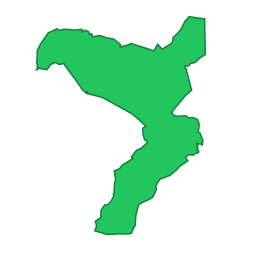 Atlixtac, Guerrero, Mexico (orthographic projection), rotated 355°
{"feature_id": "50627088B22623641614442", "entity_name": "Atlixtac", "entity_type": "district", "adm_level": 2, "iso_a3": "MEX", "parent_name": "Mexico", "parent_adm1": "Guerrero", "projection": "orthographic", "projection_center": [-98.897, 17.476], "detail": "fine", "context": "isolated", "style": "filled", "palette": "green", "viewbox_px": 256, "rotation_deg": 355, "n_neighbors": 0, "source": "geoboundaries", "source_scale": "gbopen_adm2", "svg_char_len": 4816}
<svg xmlns="http://www.w3.org/2000/svg" viewBox="0 0 256 256"><g transform="rotate(355 128 128)"><path d="M110.9,169.3L110.5,170.9L110.9,173.8L111.2,178.6L109.8,181.2L108.9,188.3L108.6,189.1L108.7,191.0L107.8,191.9L107.6,195.1L107.5,195.3L106.4,196.7L105.7,198.1L104.1,200.1L103.7,200.4L102.6,201.5L100.5,202.9L98.5,202.4L97.8,203.2L96.5,204.1L96.4,204.5L94.0,207.6L93.1,214.2L92.3,215.4L89.8,216.6L87.2,218.2L88.0,220.9L87.9,223.4L86.0,227.5L97.3,232.0L99.5,232.4L102.1,232.3L104.3,232.7L106.1,232.7L107.1,232.4L119.3,233.6L122.5,233.0L122.5,232.6L122.7,232.1L122.8,231.9L122.9,231.7L123.0,231.6L123.1,231.3L123.2,231.1L123.4,231.0L123.5,230.9L123.7,230.5L123.8,230.3L123.9,229.9L123.9,229.5L123.8,229.2L124.1,228.8L124.5,228.7L125.0,227.7L125.3,227.6L125.5,227.4L125.8,227.1L125.9,226.7L126.0,226.4L126.5,226.2L128.4,214.9L128.7,214.2L128.8,214.1L129.1,213.9L129.2,213.7L129.3,213.6L129.0,213.2L132.0,205.2L137.3,202.9L138.1,202.6L140.7,201.8L146.4,199.4L148.0,196.7L151.2,191.2L150.5,188.6L153.0,184.6L153.7,183.8L156.2,181.3L157.8,180.9L158.0,180.7L158.2,180.8L158.5,180.8L158.8,180.8L162.4,179.8L164.4,179.2L165.3,179.0L166.1,178.5L173.1,173.8L176.2,170.7L178.0,169.5L179.1,168.9L181.3,167.9L184.7,165.9L182.8,162.4L185.9,159.9L191.0,160.7L192.2,159.6L192.6,159.3L195.9,158.7L196.4,157.5L196.4,157.0L196.3,156.8L196.1,156.6L195.5,156.3L195.0,156.1L195.4,155.9L195.5,155.7L195.6,155.4L195.6,155.2L195.6,154.9L195.4,154.9L195.3,154.6L195.3,154.3L195.3,153.9L195.3,153.7L195.5,153.4L195.8,153.2L195.7,153.0L195.6,152.9L195.8,152.8L195.9,152.7L195.9,152.3L195.9,152.2L196.0,151.8L196.1,151.4L196.0,151.2L195.9,151.1L195.7,150.9L195.6,150.5L195.6,150.4L195.4,150.2L195.2,149.5L199.7,150.5L199.8,150.7L199.9,150.9L200.0,151.1L200.5,151.4L201.5,147.2L199.4,139.4L197.6,138.3L198.8,133.2L199.2,129.6L197.8,125.2L193.0,123.1L190.1,123.4L189.7,123.2L186.1,120.7L178.6,120.7L174.9,119.5L174.5,118.9L173.9,117.9L173.1,117.2L172.8,117.1L174.7,114.2L175.6,113.3L187.5,101.2L194.7,95.8L191.2,75.7L191.3,75.3L191.5,75.0L191.3,74.6L191.1,74.4L189.9,71.5L190.1,71.5L190.2,71.3L190.8,71.3L191.1,71.2L191.3,71.1L191.7,71.2L191.8,71.2L192.0,71.1L192.1,71.3L192.4,71.4L192.5,71.3L192.6,71.2L192.8,71.1L193.1,71.1L193.3,71.2L193.5,71.2L193.6,71.3L193.8,71.3L193.8,71.1L194.1,71.1L194.3,71.0L194.4,70.9L194.5,70.9L194.8,70.6L194.9,70.3L195.1,70.2L195.3,69.8L195.2,69.7L195.3,69.4L195.5,69.4L196.0,69.3L196.3,69.1L196.5,69.0L196.8,69.0L196.9,68.9L197.0,68.7L197.0,68.8L197.2,69.0L197.3,69.0L197.6,69.0L197.8,68.7L198.0,68.6L198.3,68.7L198.6,68.8L198.8,68.7L199.0,68.7L199.4,68.7L199.5,68.7L199.8,68.5L200.3,68.7L205.5,64.6L211.4,61.5L212.0,53.8L213.0,37.5L213.3,33.4L213.9,25.9L213.5,25.9L211.1,25.4L209.5,25.1L206.1,24.2L201.4,23.1L198.7,22.4L195.5,25.4L194.2,26.4L190.9,31.8L188.6,35.2L185.7,37.9L180.7,41.9L180.3,44.8L179.0,47.3L176.8,48.4L172.0,50.9L169.1,52.4L168.9,52.4L164.8,47.2L160.7,53.4L138.1,44.0L137.7,44.1L137.4,44.3L137.1,44.6L136.0,45.0L135.2,45.1L135.0,45.3L134.8,45.4L134.7,45.5L134.2,45.6L133.6,45.6L133.4,45.6L133.2,45.6L131.6,45.9L131.1,45.9L131.0,46.0L130.9,46.0L130.6,46.0L130.4,46.2L130.2,46.2L129.9,46.3L129.6,46.6L129.3,46.8L129.2,46.9L128.9,46.8L128.7,46.7L128.4,46.7L128.1,46.7L127.8,46.6L127.6,46.5L127.3,46.4L127.1,46.4L126.9,46.4L126.8,46.2L127.0,46.1L127.3,46.2L127.6,46.2L127.8,45.8L127.9,45.7L127.9,45.4L127.8,45.2L127.8,44.8L127.8,44.7L127.9,44.3L125.1,41.6L121.1,37.9L120.7,37.9L114.8,36.3L113.0,35.7L108.3,33.4L105.4,33.6L104.5,33.8L100.5,33.9L100.1,31.0L98.0,31.5L97.1,28.6L93.8,26.9L90.4,28.4L90.9,25.7L82.8,25.8L78.8,24.9L78.0,24.6L77.7,24.6L76.4,24.6L72.9,24.0L69.2,24.6L68.3,24.6L67.9,24.6L65.9,23.0L65.5,23.0L64.9,23.3L63.3,23.9L62.5,24.2L61.9,24.4L61.3,25.0L61.2,25.0L59.2,25.3L58.4,25.7L57.0,26.1L47.8,37.2L45.6,40.9L44.4,42.7L43.5,50.4L42.7,54.7L43.3,57.8L43.1,58.1L43.0,58.3L43.0,60.0L42.7,61.0L42.1,61.9L43.5,61.5L43.8,60.3L44.2,60.4L45.8,61.1L47.4,61.6L49.7,62.1L51.0,62.7L51.8,62.8L52.2,62.6L52.5,62.3L53.0,62.0L54.5,60.6L56.2,57.8L56.8,57.7L57.1,57.5L58.2,57.6L58.4,57.3L59.2,57.1L59.2,56.9L59.4,56.7L59.5,56.7L60.0,56.6L60.8,56.5L61.1,56.6L61.5,56.6L62.0,56.6L62.4,56.7L62.6,56.9L62.9,57.4L63.1,57.3L63.3,57.4L63.5,57.4L63.8,57.7L64.2,58.1L64.8,58.8L66.5,58.6L68.8,58.3L69.6,58.4L70.2,59.0L70.7,60.3L73.6,65.0L74.4,66.5L76.1,69.2L77.7,71.8L79.5,74.6L81.0,77.3L82.9,80.6L84.1,82.7L84.9,84.3L85.6,85.5L85.8,86.0L86.7,86.7L87.5,87.5L88.1,88.2L88.4,88.6L90.2,88.2L90.5,88.6L89.6,89.8L90.9,89.8L91.2,90.0L91.0,90.3L105.0,95.3L111.5,99.6L133.6,114.5L141.6,122.9L145.9,127.9L142.9,129.2L142.3,132.5L142.6,136.7L143.4,140.1L143.5,141.2L146.0,143.2L146.0,143.7L145.2,144.9L138.9,149.6L136.5,150.1L134.1,151.3L129.1,156.8L129.1,157.7L130.1,158.9L126.9,160.5L125.1,161.5L119.2,164.3L116.5,167.3L114.5,168.3L113.5,168.7L110.9,169.3Z" fill="#22c55e" stroke="#15803d" stroke-width="1.5"/></g></svg>